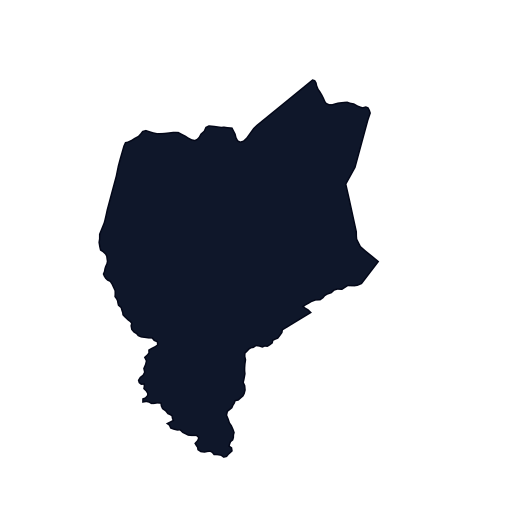 outline of Cândido Sales, Bahia, Brazil, rotated 62°
{"feature_id": "56859067B27975744543815", "entity_name": "Cândido Sales", "entity_type": "district", "adm_level": 2, "iso_a3": "BRA", "parent_name": "Brazil", "parent_adm1": "Bahia", "projection": "orthographic", "projection_center": [-41.231, -15.332], "detail": "fine", "context": "isolated", "style": "filled", "palette": "ink", "viewbox_px": 512, "rotation_deg": 62, "n_neighbors": 0, "source": "geoboundaries", "source_scale": "gbopen_adm2", "svg_char_len": 3533}
<svg xmlns="http://www.w3.org/2000/svg" viewBox="0 0 512 512"><g transform="rotate(62 256 256)"><path d="M188.5,93.5L183.4,88.1L180.6,87.6L177.8,87.6L176.0,89.1L175.3,92.3L173.6,94.0L171.2,96.1L167.7,98.3L165.2,101.4L163.1,103.3L162.1,105.5L160.8,108.7L159.6,111.8L158.9,114.8L158.3,117.8L156.8,120.5L154.2,122.5L151.9,122.8L148.5,122.5L144.9,122.4L140.8,122.6L138.0,123.0L134.1,122.6L131.4,121.8L128.8,121.9L127.2,123.4L134.7,161.1L141.1,193.6L142.4,198.2L147.6,208.7L148.8,213.1L148.1,216.5L145.7,218.2L142.1,218.2L138.6,217.3L131.8,217.2L129.3,221.1L127.2,223.9L126.3,226.2L124.0,229.4L122.1,232.0L119.1,236.5L119.0,239.8L121.6,243.1L122.6,247.3L124.6,250.3L125.5,253.0L125.4,255.8L123.2,258.4L119.7,260.8L117.2,262.1L113.5,264.7L110.5,266.7L108.2,270.8L106.6,275.0L105.3,278.3L103.9,281.5L101.7,285.9L99.1,289.0L96.6,291.5L93.6,294.4L92.9,297.6L94.1,300.2L95.3,303.6L95.3,308.2L95.6,311.2L95.4,315.7L94.7,318.0L96.9,320.9L106.5,330.2L112.0,335.3L119.9,341.8L130.7,351.9L139.3,359.9L145.5,365.7L148.5,368.2L153.7,372.7L155.6,374.5L163.4,383.8L167.5,386.0L170.3,388.1L174.4,389.5L177.8,390.4L180.4,388.9L183.7,387.8L186.1,387.8L188.7,388.8L191.0,389.6L193.0,391.3L194.7,393.6L196.5,395.4L198.6,397.0L200.3,399.1L202.6,399.3L205.1,399.1L207.6,398.3L210.0,396.5L213.3,396.2L216.7,396.4L220.5,396.6L223.6,398.2L225.7,399.5L228.4,399.1L230.6,399.2L232.6,399.9L234.9,400.5L238.2,399.2L240.9,399.8L243.4,400.2L245.5,401.0L248.1,400.3L250.1,399.6L252.3,398.9L254.8,397.7L257.0,397.2L259.0,399.0L262.5,400.1L265.8,399.4L268.5,397.8L271.0,397.3L273.5,395.3L275.4,392.6L277.8,389.3L279.6,386.1L282.7,385.5L285.4,383.3L288.4,384.5L288.8,387.4L288.7,391.5L288.8,394.7L291.4,396.0L292.4,398.2L293.3,401.8L297.2,401.9L300.0,404.4L302.7,407.8L306.4,408.8L308.3,411.6L308.9,415.1L310.6,418.0L313.0,418.5L315.3,417.5L316.6,414.8L318.7,415.8L320.5,417.2L323.4,416.2L326.4,416.0L328.3,417.0L329.5,420.2L329.1,422.9L331.8,424.4L332.9,421.1L334.9,418.8L337.0,417.6L338.1,415.6L339.3,412.1L341.3,408.9L343.9,409.9L346.9,410.1L350.3,408.4L353.9,407.7L355.6,406.3L357.6,405.1L360.0,405.9L362.4,406.2L362.4,409.6L362.3,413.0L364.7,411.8L367.9,412.0L370.2,409.9L372.7,407.1L373.8,404.6L377.4,403.4L380.0,401.5L382.3,399.9L384.2,397.0L386.5,392.7L389.6,391.7L391.7,394.2L392.9,397.7L395.3,397.6L397.5,397.3L399.8,398.1L402.8,396.5L404.9,393.5L405.9,390.1L407.0,387.9L408.9,386.7L411.6,386.2L413.2,383.3L415.5,380.3L418.4,378.9L419.1,376.1L418.0,373.5L417.5,371.3L416.8,368.7L413.9,367.7L411.2,369.1L409.4,367.4L407.9,365.6L407.4,363.0L405.6,361.2L403.3,359.9L401.6,358.3L398.4,357.8L394.3,357.5L390.9,357.9L386.9,357.2L382.7,356.8L379.7,354.2L379.2,351.5L378.6,348.6L376.9,346.5L375.6,344.2L373.9,342.4L374.8,339.3L373.9,335.6L373.4,333.3L371.9,331.1L369.2,328.6L365.2,326.9L361.6,326.7L359.7,325.0L357.6,323.3L354.8,321.1L352.1,320.0L349.3,318.5L346.1,316.5L342.7,314.0L339.4,313.1L336.6,311.5L335.7,308.5L334.8,305.9L334.6,303.6L335.4,301.2L335.0,298.1L337.0,295.3L339.3,293.1L339.5,290.6L341.0,288.3L340.8,285.5L340.3,282.5L338.3,280.8L338.4,277.9L338.7,275.4L337.2,272.1L335.7,269.1L333.5,267.4L331.6,234.2L327.9,235.4L325.4,237.0L322.7,238.3L322.3,235.3L322.3,231.9L322.1,228.6L322.7,224.1L324.7,219.9L324.2,216.4L323.2,214.1L323.0,211.1L323.7,206.8L322.7,203.0L323.4,199.5L325.7,195.8L325.4,192.4L325.1,188.9L326.7,186.1L328.4,183.1L329.4,180.2L329.8,175.8L318.3,150.7L311.0,153.7L303.3,157.0L296.7,159.5L288.4,159.3L285.6,158.1L281.7,156.1L248.6,146.8L234.6,143.0L224.2,127.0L188.5,93.5Z" fill="#0f172a" stroke="#020617" stroke-width="1.5"/></g></svg>